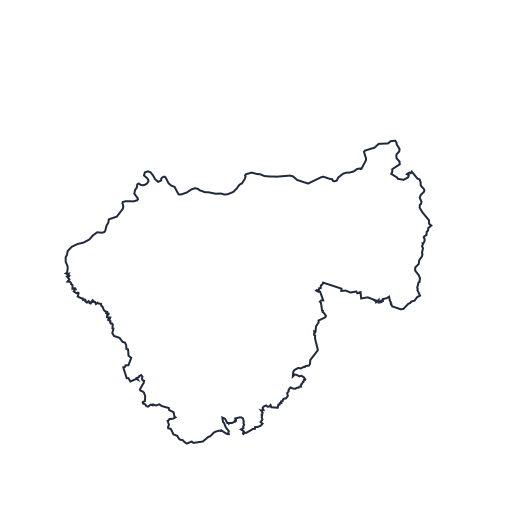 Hostotipaquillo, Jalisco, Mexico, rotated 321°
{"feature_id": "50627088B68006893150413", "entity_name": "Hostotipaquillo", "entity_type": "district", "adm_level": 2, "iso_a3": "MEX", "parent_name": "Mexico", "parent_adm1": "Jalisco", "projection": "albers", "projection_center": [-104.082, 21.071], "detail": "fine", "context": "isolated", "style": "outline", "palette": "slate", "viewbox_px": 512, "rotation_deg": 321, "n_neighbors": 0, "source": "geoboundaries", "source_scale": "gbopen_adm2", "svg_char_len": 6057}
<svg xmlns="http://www.w3.org/2000/svg" viewBox="0 0 512 512"><g transform="rotate(321 256 256)"><path d="M235.2,137.9L234.6,136.5L232.4,136.0L231.1,136.2L229.8,137.6L226.6,136.8L225.9,132.7L226.7,128.5L226.7,124.7L225.3,122.2L222.2,121.1L219.6,122.9L220.4,127.2L220.2,128.9L219.3,130.4L216.7,131.1L214.3,130.7L212.4,129.7L211.2,128.2L210.5,125.9L208.8,125.6L206.5,127.8L203.6,128.6L200.7,130.9L200.4,136.4L200.0,137.6L198.7,137.9L195.4,136.6L189.2,131.4L186.4,130.2L185.3,131.1L184.0,134.1L182.2,135.5L172.7,137.8L164.7,134.9L162.0,137.3L159.1,138.2L154.6,141.6L153.2,141.9L151.1,141.1L147.4,137.6L142.3,137.4L136.8,138.3L130.3,137.0L124.9,134.4L118.8,132.9L112.8,133.6L109.9,136.1L107.3,137.2L104.4,140.8L103.3,144.9L102.1,146.9L98.6,150.1L97.3,149.9L97.9,151.1L99.2,151.8L97.9,152.2L98.7,153.8L98.2,154.2L96.2,153.2L96.3,156.7L93.4,157.3L95.1,158.8L95.3,160.7L94.6,161.6L95.1,163.1L92.7,166.0L95.0,167.0L95.1,167.6L94.9,168.3L93.7,167.5L93.5,168.3L92.1,168.8L93.1,172.0L94.6,172.4L94.8,173.2L91.9,175.3L93.7,179.1L94.7,179.9L94.0,181.4L95.6,182.1L95.6,183.3L94.8,183.8L95.3,185.8L97.5,185.7L97.9,187.2L97.0,187.9L97.6,188.9L99.0,188.4L100.1,188.9L100.6,187.6L101.2,187.5L101.5,190.3L102.0,190.5L101.4,192.6L103.5,192.6L103.5,193.6L105.5,195.7L104.4,197.4L104.8,198.9L103.8,202.1L103.9,204.1L105.0,205.5L103.5,206.2L103.7,207.1L104.8,207.2L105.2,208.0L104.6,208.6L102.9,208.6L101.6,209.8L104.0,212.1L102.9,212.8L101.8,212.3L100.9,212.6L101.9,215.0L100.8,215.9L100.7,217.3L101.5,217.6L101.7,218.9L98.9,221.8L99.5,222.6L99.0,223.2L95.9,225.3L95.3,228.8L98.5,233.8L98.2,238.8L99.7,240.9L98.9,243.8L96.8,246.6L97.8,248.1L94.2,253.2L94.9,256.7L88.1,260.6L85.8,258.9L84.3,259.7L82.8,259.0L78.6,269.6L80.0,270.6L79.4,274.5L85.7,276.2L86.3,277.6L86.5,275.7L88.7,276.4L89.6,275.9L91.8,276.2L91.8,278.3L90.1,279.6L89.7,281.0L90.5,282.5L89.1,283.8L81.8,286.6L81.5,287.8L82.7,290.1L82.9,291.7L81.7,295.2L78.2,298.9L76.2,298.2L75.3,299.4L76.6,301.7L76.3,303.4L77.2,305.1L80.6,305.3L81.5,306.6L81.7,306.1L82.6,306.6L84.1,309.2L87.6,310.5L88.3,313.3L92.6,319.3L91.6,321.1L93.6,325.6L91.6,329.4L91.9,330.7L89.0,330.2L86.1,328.2L84.6,328.8L83.6,328.5L82.0,332.6L80.1,333.4L79.3,334.7L81.0,336.6L79.6,342.7L81.6,346.2L81.1,349.6L81.6,351.3L83.1,352.8L83.4,355.8L84.2,358.2L89.2,359.7L89.8,361.9L97.9,366.7L105.3,366.6L106.9,367.3L112.0,366.7L114.3,367.1L118.1,369.0L118.5,369.8L119.3,369.6L121.3,375.8L122.7,377.3L123.3,375.9L124.6,375.2L124.7,370.2L126.1,365.6L125.9,364.2L128.2,360.4L129.5,363.0L128.6,367.8L129.7,368.6L129.5,369.2L130.2,369.0L132.2,370.6L135.5,371.6L135.9,370.8L136.5,371.5L137.1,371.1L137.7,369.2L141.7,371.1L143.0,372.2L143.6,373.8L142.4,376.9L141.0,378.1L140.6,379.7L138.7,380.4L137.9,381.9L135.2,381.3L136.2,384.6L134.2,385.7L134.2,386.4L135.8,386.3L137.5,387.4L145.0,388.5L146.3,389.6L147.6,388.4L149.7,389.9L152.8,390.9L155.6,390.4L155.1,387.9L158.1,387.1L159.1,384.7L160.6,383.6L160.4,383.0L162.5,382.1L162.7,379.4L163.2,380.3L164.2,379.7L164.9,380.4L165.5,378.3L167.2,377.8L169.8,378.5L170.2,380.5L171.6,381.3L173.5,381.0L172.7,383.2L177.4,387.6L179.7,385.7L180.7,386.4L181.7,385.3L183.2,386.2L183.9,384.8L185.5,385.5L186.7,384.4L188.6,384.7L189.5,385.5L192.1,385.0L192.7,384.7L193.9,382.2L196.2,381.7L197.1,380.5L200.0,379.8L201.5,382.5L203.2,384.0L204.5,384.0L206.5,385.2L207.4,384.8L208.7,385.8L210.3,384.2L211.2,384.3L213.0,383.4L213.5,383.8L215.2,382.5L216.1,383.1L216.7,382.9L216.8,380.3L215.9,377.6L214.0,376.8L212.6,373.7L211.1,372.0L210.4,372.7L208.8,372.8L212.0,369.5L214.3,368.8L218.4,369.6L220.1,371.6L223.5,372.3L224.0,373.0L225.1,372.7L228.2,374.5L230.1,373.8L232.7,371.0L244.6,368.2L245.6,366.7L245.0,366.3L245.6,366.6L250.1,357.0L251.9,355.1L251.5,354.0L251.9,353.2L253.9,352.6L253.5,351.8L253.8,351.0L255.2,351.7L258.4,348.4L262.9,347.0L264.0,345.5L270.9,347.2L272.7,346.6L272.9,343.0L272.5,341.5L273.5,340.8L273.0,340.0L277.0,333.3L276.9,331.7L278.8,331.6L280.3,332.8L283.3,324.2L282.1,323.2L281.0,320.8L282.1,320.8L282.7,322.6L284.9,320.8L286.0,321.7L287.8,319.8L289.9,319.8L291.4,318.9L301.9,335.2L300.3,336.8L304.0,339.4L306.5,343.9L311.6,346.7L311.3,348.7L313.3,349.9L313.7,349.4L314.5,349.9L311.0,355.2L316.9,358.5L320.8,365.4L320.2,365.2L320.6,366.4L320.2,367.5L323.7,367.3L322.0,369.4L324.3,370.7L324.6,369.6L325.3,369.4L326.4,370.7L327.4,369.3L330.9,371.0L333.8,371.4L331.8,375.2L331.8,376.6L331.0,377.3L331.0,378.6L330.4,378.7L330.2,380.9L334.9,388.4L337.2,389.9L344.3,389.0L346.3,389.6L348.1,389.1L351.0,390.5L355.2,389.4L358.5,390.0L360.0,384.0L360.9,383.5L361.3,382.1L365.7,378.8L366.7,379.1L369.5,376.4L370.4,373.2L370.5,367.5L372.6,365.1L377.5,364.6L380.2,362.0L384.7,360.7L386.4,359.5L386.9,358.1L390.7,355.0L391.2,352.9L393.2,351.8L393.5,350.9L394.4,351.3L396.0,350.7L397.8,348.9L398.0,347.2L398.9,346.6L401.6,347.0L403.9,344.6L405.4,344.6L407.5,342.7L411.4,342.7L410.8,340.1L412.9,337.0L412.8,326.7L413.6,321.4L415.6,319.3L417.1,319.3L418.7,318.1L420.0,313.6L422.6,312.2L427.1,311.8L428.2,310.9L428.6,309.5L428.4,304.9L430.4,302.1L431.3,299.4L430.2,297.5L430.1,288.4L428.3,289.0L427.7,287.7L425.4,287.3L424.7,287.4L425.7,289.3L423.8,290.6L418.7,289.7L414.8,285.3L415.0,283.7L412.8,277.3L414.9,276.3L416.5,274.3L425.4,275.2L427.0,272.8L426.7,268.6L428.2,266.3L429.4,265.4L433.1,264.9L434.9,263.2L435.6,257.8L436.6,256.1L436.7,254.0L432.9,251.5L429.4,251.6L422.0,246.1L416.3,246.4L407.1,242.7L405.5,242.9L402.9,249.5L401.7,250.8L392.8,254.6L392.0,254.3L392.0,253.5L389.3,252.0L385.2,251.8L381.5,250.2L378.3,247.9L375.2,246.8L369.2,246.8L366.3,248.2L364.1,247.4L363.1,246.2L363.5,244.2L362.0,242.7L358.2,236.7L355.9,235.7L342.1,232.5L335.8,222.8L334.9,217.4L333.0,214.9L322.3,207.6L316.1,202.3L312.9,199.2L310.5,194.8L308.7,193.3L305.0,188.4L299.6,186.1L298.3,186.5L298.1,187.5L295.4,189.2L290.9,190.7L287.9,190.2L283.2,191.5L278.5,191.9L272.7,190.1L270.1,188.3L268.1,185.4L264.0,182.4L259.2,176.6L256.5,174.3L253.6,169.5L253.1,167.3L251.4,165.0L247.7,163.6L242.2,163.1L236.9,161.2L235.1,160.0L234.6,159.3L236.2,150.9L234.5,148.1L233.8,144.6L235.2,137.9Z" fill="none" stroke="#1e293b" stroke-width="2"/></g></svg>